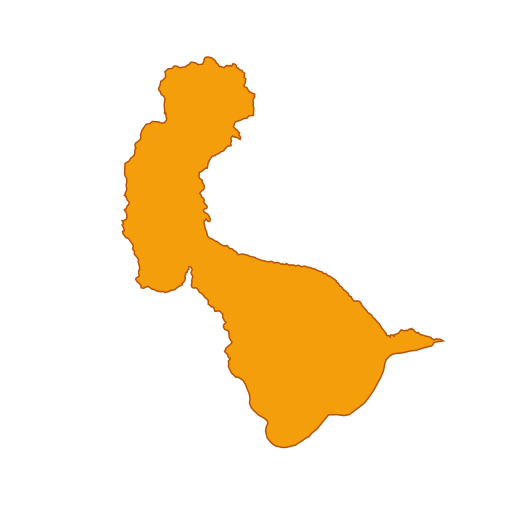 the district of Brasil Novo, Pará, Brazil, rotated 134°
{"feature_id": "56859067B45799313121530", "entity_name": "Brasil Novo", "entity_type": "district", "adm_level": 2, "iso_a3": "BRA", "parent_name": "Brazil", "parent_adm1": "Pará", "projection": "natural_earth1", "projection_center": [-52.726, -3.304], "detail": "fine", "context": "isolated", "style": "filled", "palette": "amber", "viewbox_px": 512, "rotation_deg": 134, "n_neighbors": 0, "source": "geoboundaries", "source_scale": "gbopen_adm2", "svg_char_len": 6121}
<svg xmlns="http://www.w3.org/2000/svg" viewBox="0 0 512 512"><g transform="rotate(134 256 256)"><path d="M357.2,186.4L355.6,184.9L354.6,180.1L354.5,178.7L355.7,174.4L360.0,164.8L362.5,161.5L366.5,158.3L368.4,154.0L368.7,150.2L368.6,143.6L367.1,137.9L366.7,134.1L367.3,132.4L368.0,131.3L372.2,129.7L375.4,127.4L378.8,122.0L379.3,119.6L379.8,115.1L379.2,110.3L375.6,104.3L373.0,101.5L364.5,96.2L351.8,93.5L349.2,92.4L345.0,92.8L337.7,92.0L319.9,93.5L313.8,87.5L309.8,81.9L305.3,78.7L287.4,75.9L281.0,76.4L271.3,77.9L257.2,81.8L250.3,84.4L243.5,88.8L240.1,90.3L236.0,90.4L232.5,89.8L229.7,88.3L223.6,83.1L216.9,78.9L212.8,75.4L204.8,71.1L199.2,67.5L197.8,67.0L194.6,67.9L193.6,67.4L187.1,62.4L187.9,65.8L189.7,67.4L190.0,68.5L192.4,69.7L193.3,72.1L193.2,73.4L194.3,76.3L195.3,77.5L198.4,83.5L198.3,86.3L199.8,87.1L199.7,88.2L200.1,89.1L199.6,91.6L201.0,93.4L200.2,93.6L202.5,95.1L204.4,95.2L205.0,96.4L206.0,96.6L207.6,98.4L208.2,100.3L212.4,99.9L216.3,101.7L217.7,101.0L217.6,102.4L219.3,104.3L220.2,104.2L221.0,103.3L221.4,105.8L222.2,106.7L221.2,109.2L220.5,115.3L219.1,120.3L219.2,123.5L218.7,126.8L219.0,129.3L218.1,131.7L219.0,136.4L218.5,138.2L218.0,145.4L217.0,147.4L216.8,149.8L218.0,152.2L218.9,152.4L220.3,154.4L220.4,155.4L219.8,158.0L219.1,159.0L219.9,161.4L218.8,164.2L219.1,166.3L218.9,167.3L219.5,169.5L218.8,172.5L219.3,175.0L218.5,177.7L218.8,180.2L218.1,181.1L219.1,188.3L220.2,191.1L220.1,193.6L221.8,195.5L221.7,197.7L223.4,200.8L224.3,204.3L225.5,206.1L227.2,210.0L228.2,210.6L229.2,213.8L232.0,215.8L232.5,216.5L232.5,217.7L233.8,219.7L235.1,220.0L235.7,220.6L236.2,222.5L237.1,223.0L237.4,224.0L238.2,224.8L239.1,224.8L240.4,229.1L241.2,228.6L242.7,230.1L243.0,231.5L244.3,231.8L245.4,235.8L247.2,237.3L248.1,237.5L248.8,240.9L252.3,243.7L254.0,247.4L254.9,248.3L256.9,252.6L258.3,256.7L260.7,260.4L260.8,261.5L262.3,264.5L264.3,267.5L266.9,269.3L267.3,270.1L267.4,271.4L266.7,272.4L267.4,275.5L267.5,278.3L268.9,280.3L268.7,284.4L269.7,284.8L271.1,286.3L272.1,288.7L272.7,294.2L273.7,296.0L274.0,298.8L275.4,301.9L275.3,304.2L275.0,305.6L274.3,306.1L272.9,308.4L271.7,311.3L267.9,316.9L267.0,317.5L266.0,317.3L264.0,317.9L264.4,314.5L263.8,313.6L263.0,313.4L261.3,314.2L259.5,319.1L260.3,324.5L259.2,325.8L257.7,325.7L256.3,324.6L254.6,325.1L254.2,325.9L253.6,331.0L253.1,331.7L252.3,331.6L251.1,333.1L251.0,334.7L251.4,335.6L250.0,338.9L250.2,340.0L249.4,340.3L244.0,340.0L241.6,341.6L239.9,346.5L238.9,347.1L239.2,350.2L239.0,351.4L237.8,353.0L236.9,353.2L235.6,354.9L231.9,353.6L229.0,353.5L227.2,352.9L226.7,352.1L221.6,355.5L220.7,355.3L219.0,356.2L214.6,356.9L212.3,355.2L209.8,354.8L208.0,353.9L205.4,353.6L203.0,352.4L198.5,352.8L196.4,352.4L194.1,350.6L193.3,351.2L193.2,352.1L190.0,353.8L189.2,355.5L188.4,356.1L186.1,356.3L185.9,355.0L184.0,352.3L183.2,348.4L181.3,349.5L180.5,352.8L178.7,353.4L179.1,354.9L178.5,356.6L178.8,357.8L178.8,362.0L173.9,364.2L169.4,361.6L166.2,360.5L162.9,358.2L160.2,358.5L156.6,355.5L150.8,360.7L149.6,362.8L147.7,364.1L146.2,366.6L142.2,367.6L141.5,368.8L140.4,369.4L141.7,372.2L142.4,375.5L141.2,379.7L142.2,381.1L142.3,382.1L141.3,383.3L138.6,384.1L136.9,385.8L135.8,386.1L135.5,386.9L136.0,388.4L132.5,391.0L132.8,394.0L132.2,394.9L133.3,396.8L133.5,398.3L133.2,399.5L133.8,400.4L133.7,401.3L132.8,402.5L132.6,404.0L133.6,406.1L134.5,406.1L135.7,405.3L136.7,405.8L136.9,407.0L138.3,407.4L138.9,409.1L139.6,409.7L142.7,409.8L144.4,413.5L145.2,414.0L144.4,417.2L144.8,418.6L144.2,419.5L143.7,421.5L144.3,425.6L146.1,428.7L147.7,430.0L149.2,430.4L150.1,430.3L151.9,428.8L155.1,427.7L158.5,430.5L159.1,433.7L161.1,436.8L162.0,437.5L165.2,437.2L166.6,438.0L168.7,438.0L173.2,441.4L174.0,442.7L174.1,444.2L175.7,446.5L176.7,446.9L178.7,446.6L179.8,447.0L182.4,449.2L186.8,449.6L187.5,448.1L190.3,445.2L195.4,445.3L196.3,445.9L199.8,443.7L203.2,442.3L204.0,441.4L204.4,438.6L205.2,437.6L205.5,435.5L205.1,433.3L205.7,431.4L206.8,429.9L207.7,429.7L211.2,426.9L214.8,422.7L216.9,421.1L216.8,419.9L216.0,420.0L216.6,419.0L217.6,418.4L219.5,415.4L221.0,414.7L224.0,414.5L226.5,416.9L226.8,418.6L231.2,424.0L234.1,424.3L237.7,426.5L244.6,425.4L249.0,423.3L250.7,421.1L252.0,420.3L256.5,420.5L257.8,421.0L259.8,420.6L261.4,418.7L261.7,417.3L262.9,417.4L267.5,413.8L270.8,413.7L272.2,414.1L275.9,413.3L280.4,414.5L287.9,407.9L289.4,405.7L289.9,403.1L293.0,400.0L294.7,399.1L296.5,397.2L297.1,396.0L298.2,395.0L301.8,393.7L302.5,392.8L303.9,392.8L303.5,390.7L304.2,390.2L304.4,388.6L305.3,387.5L305.2,385.3L306.0,384.1L307.5,383.3L309.2,383.6L312.4,382.1L313.9,383.0L314.7,381.9L314.4,380.7L315.0,379.3L317.2,376.1L319.7,374.9L322.9,375.9L323.5,376.9L324.9,373.7L326.5,374.0L327.1,373.3L327.3,371.2L328.2,370.4L328.6,369.0L329.4,368.2L330.8,369.1L331.5,368.6L332.6,366.2L333.1,362.3L332.0,359.9L333.5,352.1L334.2,351.1L336.7,349.7L336.9,346.9L339.2,344.8L339.8,338.5L341.7,337.1L345.2,331.6L346.7,330.3L347.7,330.4L348.5,329.8L349.9,328.6L350.5,327.2L351.3,326.3L353.0,326.3L355.2,327.0L356.4,326.3L357.1,323.2L356.8,321.3L357.2,318.4L358.6,316.6L357.2,314.3L354.9,313.9L353.8,312.7L352.7,312.4L352.1,307.8L350.9,306.3L350.5,303.9L349.0,301.3L348.0,300.3L347.5,299.1L345.9,298.2L345.6,296.2L341.4,293.5L340.4,293.6L337.1,291.3L331.4,290.3L327.9,289.0L327.3,290.1L326.5,290.2L325.7,289.7L322.7,290.4L320.8,291.6L320.5,292.6L319.5,293.5L318.1,293.6L316.7,294.9L315.4,294.3L313.5,295.4L312.0,295.1L310.9,296.6L309.9,296.6L309.2,295.8L309.7,293.1L310.5,292.2L313.0,291.3L313.6,290.6L314.7,287.3L318.4,285.1L319.9,283.3L321.7,282.5L322.8,280.8L323.0,280.0L322.4,278.6L320.6,277.3L320.3,275.0L321.4,271.6L320.7,269.2L320.8,265.9L321.3,265.0L320.9,260.6L321.2,259.5L323.9,256.7L323.5,255.2L323.7,253.2L323.4,252.4L322.6,252.3L322.4,251.3L322.9,249.4L324.3,247.5L323.7,246.5L321.3,244.6L320.8,243.6L321.0,239.5L323.3,237.3L324.6,233.6L324.5,231.5L328.2,231.4L329.7,230.1L330.5,227.8L329.1,223.4L333.1,218.8L334.3,215.4L334.4,214.0L335.0,213.2L336.5,213.0L342.7,213.6L346.6,212.2L346.6,208.5L347.9,205.8L348.0,204.9L347.4,203.7L348.0,203.0L350.7,203.0L352.0,201.2L354.5,199.2L355.6,197.0L357.2,192.0L357.2,186.4Z" fill="#f59e0b" stroke="#b45309" stroke-width="1.5"/></g></svg>